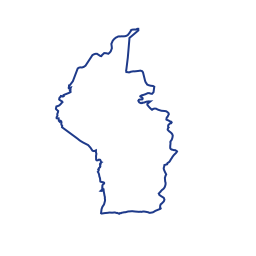 Abu Hummus, Al Buhayrah, Egypt (Robinson projection), rotated 310°
{"feature_id": "37247803B15817250169024", "entity_name": "Abu Hummus", "entity_type": "district", "adm_level": 2, "iso_a3": "EGY", "parent_name": "Egypt", "parent_adm1": "Al Buhayrah", "projection": "robinson", "projection_center": [30.325, 31.106], "detail": "fine", "context": "isolated", "style": "outline", "palette": "blue", "viewbox_px": 256, "rotation_deg": 310, "n_neighbors": 0, "source": "geoboundaries", "source_scale": "gbopen_adm2", "svg_char_len": 5772}
<svg xmlns="http://www.w3.org/2000/svg" viewBox="0 0 256 256"><g transform="rotate(310 128 128)"><path d="M87.4,204.7L87.2,204.0L88.0,203.5L89.2,202.6L90.5,202.1L92.0,202.4L93.5,202.5L94.8,202.6L96.2,202.1L96.7,201.8L96.8,201.5L97.3,200.6L97.5,200.3L97.5,200.1L97.1,197.4L96.9,195.0L97.5,194.0L97.6,193.7L98.2,193.8L98.9,193.7L99.5,193.8L99.8,193.9L100.6,193.8L102.5,193.9L104.2,194.3L106.0,194.2L107.7,193.6L108.8,193.1L110.1,192.1L110.9,190.9L112.7,189.1L113.5,188.3L115.7,187.4L117.0,187.1L118.1,184.5L118.6,183.5L118.9,182.9L119.3,182.2L119.9,181.4L120.3,181.1L121.9,180.4L123.0,179.7L125.4,181.3L126.0,180.9L126.5,180.8L127.8,181.2L128.5,181.4L130.2,181.3L131.3,181.0L132.8,180.9L134.6,180.6L136.8,180.5L137.8,180.6L139.7,180.8L140.6,180.8L141.6,180.6L141.6,180.0L141.5,179.2L141.3,178.3L140.6,177.5L140.2,176.7L139.9,175.8L139.5,175.3L139.5,175.0L139.4,174.4L139.6,173.5L140.0,173.0L140.6,172.6L141.3,171.9L142.0,171.5L143.0,170.8L144.0,170.1L144.3,169.6L144.6,169.5L144.9,169.2L146.7,169.1L148.1,168.7L149.4,168.1L150.9,167.2L151.2,166.8L151.4,166.3L151.7,165.9L151.8,165.6L151.8,165.1L152.0,164.7L152.0,164.3L152.0,164.0L152.0,162.9L151.9,161.7L152.0,160.8L152.0,160.5L152.2,159.5L152.5,159.2L153.9,158.7L154.3,158.6L154.5,158.7L154.7,158.0L155.4,157.4L155.6,157.3L155.7,157.2L156.1,157.0L157.0,157.1L157.9,157.1L158.3,157.2L159.4,158.0L160.4,157.8L160.5,156.8L160.2,156.4L160.0,155.4L159.7,153.9L159.6,153.6L159.6,153.4L159.4,152.9L159.1,152.2L159.2,151.9L160.8,151.0L161.2,150.9L162.2,151.1L163.3,150.7L163.9,150.6L164.8,150.4L165.4,149.6L165.5,149.0L165.5,147.8L165.5,147.6L165.4,146.6L164.8,145.5L163.4,143.5L162.8,142.7L162.2,141.4L161.9,140.6L161.5,139.7L161.1,138.4L160.9,137.2L160.4,136.4L159.6,135.5L158.9,135.2L158.6,134.9L158.0,134.9L157.4,134.7L157.4,132.7L157.6,130.9L157.9,129.2L158.2,127.9L159.0,127.3L162.6,128.0L162.3,127.7L162.0,127.1L161.6,126.6L161.0,126.2L160.5,125.6L159.6,125.0L158.8,124.5L158.0,124.1L157.4,123.6L156.8,123.1L156.6,122.7L156.2,122.8L155.8,122.4L155.3,121.8L154.9,120.4L154.9,120.0L155.2,119.1L155.5,118.4L156.3,118.3L156.6,118.2L157.0,118.4L157.2,118.6L157.3,118.7L157.9,119.3L158.1,119.5L159.0,120.5L159.3,120.6L160.1,120.2L160.5,119.4L160.3,118.7L160.1,117.3L160.2,117.0L160.8,117.1L161.6,117.4L162.2,117.7L163.3,118.6L164.3,119.1L164.8,119.5L166.9,120.5L167.3,120.7L167.6,120.9L168.0,121.4L168.4,121.9L168.5,122.2L168.7,122.8L169.1,123.6L169.4,124.1L169.7,124.5L171.9,124.5L176.5,121.6L176.3,120.3L175.9,119.6L174.9,118.1L173.9,115.9L173.8,115.4L173.6,114.6L174.1,113.4L174.2,112.5L175.1,110.8L180.2,103.8L180.5,102.9L180.5,102.6L180.6,102.1L180.2,101.3L179.9,100.6L178.5,99.4L176.5,97.5L175.3,96.3L174.9,95.7L174.1,95.0L173.0,94.1L172.8,93.9L172.3,93.7L172.1,93.5L171.8,93.5L171.4,93.1L171.2,93.0L170.4,91.6L169.8,90.8L170.7,89.7L171.8,89.1L181.8,82.6L196.6,72.2L197.5,71.5L198.1,71.2L198.4,71.2L198.9,71.4L209.4,73.2L210.6,72.1L210.0,71.4L208.4,70.7L208.0,70.2L207.5,69.5L206.4,68.4L205.9,67.9L205.0,67.6L204.7,67.4L204.2,67.8L202.4,67.9L202.1,68.0L199.2,68.1L198.0,67.7L197.7,67.6L196.2,66.6L195.7,66.0L195.0,65.3L194.1,64.1L193.4,63.5L192.8,62.7L192.6,62.6L192.4,62.2L191.7,61.6L190.9,61.3L189.4,60.6L188.2,60.4L187.9,60.3L186.8,60.2L185.1,60.2L181.7,61.2L180.2,62.9L179.7,63.4L178.7,64.4L175.6,65.5L174.2,65.5L173.2,65.4L172.2,65.2L171.3,63.3L170.1,61.6L167.6,61.3L167.1,61.2L166.7,61.3L165.9,61.4L165.4,60.6L164.9,56.5L163.9,55.4L162.7,54.6L161.0,53.9L148.4,55.4L147.7,55.2L146.7,54.9L146.2,54.8L146.1,54.6L145.2,54.1L144.7,53.8L143.9,52.6L142.9,51.8L142.5,51.6L141.3,51.2L128.4,55.7L124.3,55.9L122.9,55.9L122.3,55.9L122.1,56.0L120.7,56.7L120.3,57.2L120.4,57.5L121.3,56.7L121.1,57.4L122.3,58.2L120.5,58.8L120.4,59.3L119.3,59.5L119.4,60.2L118.6,60.9L116.9,60.2L116.0,59.7L111.9,57.5L111.2,58.3L110.2,57.9L110.1,57.1L109.4,56.0L108.5,56.4L108.0,56.1L107.1,56.1L105.7,56.8L105.5,57.5L105.7,58.4L105.8,59.7L106.0,60.6L105.7,61.2L104.7,61.1L104.0,61.0L103.5,61.1L101.6,60.9L100.5,60.6L98.5,59.3L96.7,60.2L96.3,60.5L96.2,61.0L96.1,63.6L94.9,64.3L93.9,64.6L93.1,64.9L92.2,66.0L90.3,66.4L89.6,67.1L90.0,67.9L90.4,68.3L90.8,68.6L89.8,69.8L89.1,70.3L88.9,71.7L90.2,71.8L90.2,72.5L89.6,73.4L88.4,74.1L87.7,74.9L87.4,76.2L86.2,76.9L86.2,77.4L87.4,96.4L87.4,98.0L87.5,99.7L88.0,102.8L89.3,108.5L88.8,111.9L87.8,115.2L88.0,116.1L88.4,116.7L89.0,117.2L89.6,117.5L90.3,117.8L90.1,118.0L89.5,118.4L88.8,119.1L87.9,120.4L86.0,121.5L83.2,124.0L83.1,124.8L83.9,125.7L84.9,125.9L85.4,126.5L85.7,127.1L85.5,127.7L85.0,128.6L84.6,129.4L84.7,129.7L84.3,129.6L83.7,129.8L82.9,129.5L82.3,130.4L81.8,130.2L81.2,131.0L80.7,131.2L80.6,131.6L79.9,131.8L78.5,131.5L77.9,131.8L77.2,131.8L77.1,132.6L75.7,133.0L75.3,133.3L75.0,133.2L74.4,134.8L73.7,135.8L72.5,137.2L71.8,138.4L71.3,139.1L70.9,139.5L70.7,139.7L69.3,141.1L69.2,141.4L69.7,142.6L70.2,143.3L70.4,143.7L70.7,144.4L70.7,144.9L70.3,145.3L70.0,145.4L69.5,145.1L67.9,145.2L67.0,145.6L66.7,146.0L65.6,146.7L65.4,146.9L65.5,147.1L65.5,147.5L64.4,147.8L63.2,147.6L62.3,147.5L62.6,148.0L64.2,149.2L64.7,149.3L63.9,150.1L61.5,153.0L61.2,153.3L61.0,153.6L60.5,154.3L60.0,154.9L59.4,155.3L58.1,156.7L57.4,157.2L54.4,158.6L53.6,158.8L52.6,158.9L51.4,159.0L50.5,159.3L49.4,159.7L48.7,160.0L45.4,162.1L45.5,162.8L47.9,164.9L48.8,165.8L50.1,167.1L51.2,168.0L52.7,170.0L53.3,170.7L54.6,171.9L55.1,172.7L55.5,173.8L56.1,174.4L56.3,175.3L56.5,175.7L56.5,176.0L56.6,176.4L56.8,176.5L57.0,176.4L57.4,176.4L57.7,176.7L58.2,177.2L58.3,177.4L58.5,177.5L58.9,177.6L59.1,177.7L60.0,178.5L61.0,179.2L61.4,179.8L62.3,180.5L64.2,181.8L65.2,182.9L65.3,183.0L66.2,183.9L67.0,184.7L67.9,186.1L68.7,187.3L70.9,190.4L71.7,191.1L72.3,192.1L73.8,193.3L74.6,194.4L75.6,196.1L76.5,197.8L76.7,198.8L77.3,199.5L79.3,201.2L80.8,201.8L82.1,202.2L87.0,204.8L87.4,204.7Z" fill="none" stroke="#1e3a8a" stroke-width="2"/></g></svg>